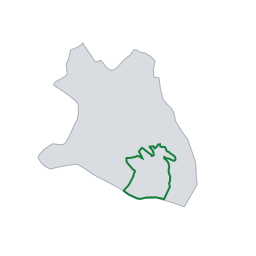 Bururi highlighted on a map of Burundi, rotated 299°
{"feature_id": "BDI-2637", "entity_name": "Bururi", "entity_type": "Province", "adm_level": 1, "iso_a3": "BDI", "parent_name": "Burundi", "parent_adm1": "", "projection": "albers", "projection_center": [29.663, -3.868], "detail": "fine", "context": "in_parent", "style": "outline", "palette": "green", "viewbox_px": 256, "rotation_deg": 299, "n_neighbors": 0, "source": "natural_earth", "source_scale": "10m", "svg_char_len": 2015}
<svg xmlns="http://www.w3.org/2000/svg" viewBox="0 0 256 256"><g transform="rotate(299 128 128)"><path d="M180.6,47.2L179.0,49.4L171.4,64.7L170.0,67.0L170.8,68.4L174.0,71.4L172.1,76.2L171.4,77.5L170.0,82.0L170.7,86.1L172.5,87.7L177.4,89.7L184.7,91.1L193.3,94.6L199.2,95.2L200.5,97.7L200.2,102.2L201.7,106.0L201.7,113.0L199.9,119.0L191.0,121.9L186.5,125.0L185.2,126.5L186.3,128.4L186.9,130.8L178.6,136.9L170.0,144.8L167.9,150.1L166.2,156.4L163.7,160.5L157.1,166.3L150.5,177.9L147.2,185.5L130.8,203.8L116.3,212.8L112.0,215.9L86.3,215.4L84.3,203.1L80.4,186.4L71.5,171.2L70.6,164.9L71.0,152.7L71.0,135.5L70.4,126.3L70.6,119.5L71.7,107.8L71.6,100.8L65.7,92.8L58.5,84.2L54.5,80.0L54.3,76.6L54.3,73.5L55.5,68.9L58.3,63.8L61.5,63.2L69.4,65.3L77.5,69.6L81.8,79.3L85.2,80.7L91.2,80.7L106.6,79.4L110.4,79.6L117.4,77.2L124.4,73.1L126.4,68.9L128.0,59.4L129.5,42.2L133.0,42.0L142.7,48.1L144.8,48.5L146.9,48.3L150.2,45.3L154.4,42.8L157.4,42.9L168.7,40.1L174.8,45.2L178.6,46.8L180.6,47.2Z" fill="#d9dde1" stroke="#a8b0b8" stroke-width="1"/><path d="M83.3,194.0L81.0,186.2L76.0,177.6L72.9,174.3L71.6,172.5L70.8,170.3L70.1,160.6L71.0,154.7L73.0,155.0L78.6,156.3L88.3,156.1L90.1,155.5L91.9,155.2L93.2,155.3L94.1,154.4L94.2,153.4L94.1,152.4L94.4,151.4L94.9,150.5L96.8,145.1L98.0,142.9L99.5,142.0L101.1,141.3L102.4,143.7L105.9,148.1L108.0,149.5L108.6,151.7L108.5,155.2L110.7,152.4L111.1,151.2L112.0,150.1L112.7,149.0L115.1,149.2L117.3,149.8L117.4,151.6L116.9,153.5L116.0,159.6L116.1,160.6L115.6,161.4L115.1,162.2L116.5,163.7L118.7,162.3L120.4,160.3L121.4,157.3L122.2,156.1L124.3,159.1L123.2,161.2L125.8,162.3L128.0,162.3L129.3,163.8L127.6,165.2L127.7,166.7L128.6,168.0L129.2,169.8L126.5,173.2L126.9,175.2L126.3,177.1L126.1,181.0L125.4,183.4L124.3,184.3L123.0,184.9L121.7,184.3L121.2,182.3L121.2,179.1L120.2,176.5L120.3,175.0L120.2,173.8L119.0,174.4L118.7,176.3L117.2,180.1L114.1,182.9L111.1,183.8L108.5,185.5L105.7,188.7L101.7,190.5L99.6,190.7L96.8,193.1L84.4,193.9L83.3,194.0Z" fill="none" stroke="#15803d" stroke-width="2"/></g></svg>